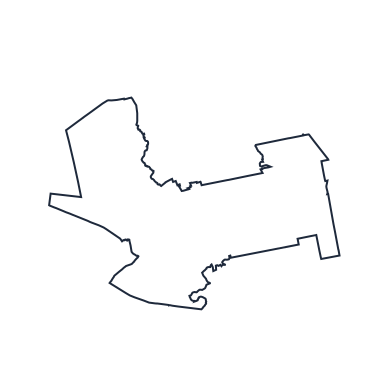 the district of Calugareni, Giurgiu, Romania, rotated 251°
{"feature_id": "2599482B39711091097472", "entity_name": "Calugareni", "entity_type": "district", "adm_level": 2, "iso_a3": "ROU", "parent_name": "Romania", "parent_adm1": "Giurgiu", "projection": "mercator", "projection_center": [25.989, 44.147], "detail": "fine", "context": "isolated", "style": "outline", "palette": "slate", "viewbox_px": 384, "rotation_deg": 251, "n_neighbors": 0, "source": "geoboundaries", "source_scale": "gbopen_adm2", "svg_char_len": 5911}
<svg xmlns="http://www.w3.org/2000/svg" viewBox="0 0 384 384"><g transform="rotate(251 192 192)"><path d="M178.1,331.4L178.6,331.4L200.0,324.0L208.2,321.3L208.4,321.1L208.5,321.0L209.2,316.6L209.4,316.3L210.2,315.9L210.3,315.8L210.3,315.7L210.2,315.6L209.5,316.0L209.3,316.0L209.2,315.9L211.1,302.1L211.4,300.6L215.7,267.7L215.3,267.1L214.7,266.9L213.0,267.4L211.7,267.4L210.0,267.8L209.3,267.8L207.5,269.0L207.2,269.2L205.9,269.4L205.0,270.1L204.2,270.5L202.6,270.5L201.9,270.0L200.4,269.8L200.0,269.7L200.0,268.9L197.4,269.0L198.0,267.0L197.6,266.2L196.9,265.4L194.6,264.8L193.3,266.2L193.5,267.3L193.4,270.2L193.0,271.4L190.3,274.5L190.4,272.4L191.1,268.3L191.2,265.6L190.8,265.6L191.0,264.2L187.0,264.9L189.0,250.1L191.5,230.7L191.8,229.0L192.6,223.2L195.3,203.3L198.6,203.4L198.7,203.2L198.9,203.2L199.0,199.6L200.0,199.7L200.6,195.3L201.1,194.3L201.0,193.5L201.1,193.0L198.1,193.2L198.1,192.1L197.0,192.1L197.0,189.5L196.2,190.3L195.7,190.4L195.7,189.2L195.8,188.2L195.9,186.2L196.0,184.2L196.3,182.6L199.5,182.0L201.9,181.4L201.8,181.8L201.8,182.7L203.3,182.8L203.2,181.1L203.1,180.4L207.7,180.2L207.7,177.4L210.9,177.4L210.8,176.3L209.8,170.1L209.6,170.0L207.7,164.8L208.2,164.4L209.1,164.1L209.8,163.8L209.8,163.7L209.8,163.0L210.0,162.5L210.6,162.0L211.4,162.2L211.8,162.1L212.3,161.7L212.6,161.2L213.4,160.9L214.1,160.4L214.6,160.2L215.6,160.0L216.7,159.4L217.1,159.1L217.4,158.5L217.7,158.2L218.0,158.1L218.9,157.9L219.6,157.9L220.1,158.1L220.3,158.2L221.9,160.3L222.7,161.6L222.9,161.8L223.9,161.9L224.3,162.5L224.5,162.5L224.7,162.3L224.9,161.8L225.2,161.4L225.8,161.2L226.5,161.0L226.9,160.4L227.1,160.2L227.4,160.1L228.0,160.2L228.3,160.2L229.2,159.8L229.7,159.7L229.8,159.6L230.4,158.8L230.5,158.1L231.1,158.1L231.3,157.8L231.6,156.9L231.9,156.5L232.2,156.4L232.5,156.4L232.9,156.8L233.1,156.8L233.4,156.8L233.8,156.6L234.1,156.5L234.8,156.6L235.0,156.5L235.2,156.1L235.5,155.8L236.2,155.6L236.9,155.2L238.7,154.9L239.2,155.0L239.8,155.6L240.9,156.8L241.2,157.3L241.5,158.1L242.0,158.6L243.1,159.3L245.4,160.2L245.9,160.7L246.3,161.3L246.4,161.9L246.2,162.4L246.2,162.7L246.5,163.0L247.6,163.9L248.5,164.3L249.2,164.5L249.7,164.0L249.9,164.3L249.9,164.8L250.1,165.0L250.9,164.8L251.1,165.2L251.3,165.8L251.5,166.0L252.4,166.4L253.2,166.6L254.0,166.7L254.6,166.4L254.8,166.2L255.1,165.4L255.5,164.9L255.7,164.7L256.7,164.4L258.5,164.1L258.9,164.1L258.6,164.7L258.7,165.0L259.1,165.0L260.0,164.5L261.8,164.5L262.0,164.6L262.0,165.6L262.8,165.7L263.0,164.5L263.3,164.1L263.6,164.0L264.9,163.9L265.4,163.8L265.7,163.5L266.0,163.0L266.2,162.9L266.4,162.8L267.3,163.1L267.8,162.9L268.3,162.4L268.3,161.6L268.5,161.5L269.4,161.6L269.9,161.4L270.7,161.7L271.6,162.4L272.1,162.7L272.3,162.6L273.2,161.4L273.7,161.3L274.0,161.4L274.7,162.1L275.8,162.8L277.1,163.4L284.4,165.9L292.1,167.5L296.0,166.6L299.3,166.0L301.0,165.4L301.1,164.1L301.3,162.8L301.3,161.5L301.5,159.5L301.6,158.1L302.4,158.1L303.5,150.9L304.8,145.7L305.9,142.9L306.0,141.7L304.8,136.3L302.2,127.8L299.2,118.0L298.3,114.9L296.6,109.6L296.0,107.6L291.4,93.0L279.9,92.1L258.4,89.9L238.9,87.6L223.3,85.5L236.5,57.8L226.0,52.6L225.5,53.0L222.2,56.8L221.0,58.3L215.5,64.5L213.6,66.6L213.0,67.4L211.1,69.7L209.4,71.6L198.6,84.1L196.8,85.9L196.3,86.5L195.6,87.3L195.2,87.8L190.8,93.1L187.2,96.9L184.7,98.9L171.3,108.9L168.1,109.8L168.2,110.2L168.8,111.3L168.8,111.8L168.7,112.1L168.4,112.3L168.3,112.6L168.4,112.8L168.7,113.1L168.8,113.4L168.6,113.9L167.3,114.7L167.1,114.9L167.1,115.1L167.2,115.3L167.9,115.4L168.1,115.6L168.1,115.8L167.6,116.9L167.4,117.1L167.0,117.2L166.8,117.0L161.5,116.5L155.1,115.4L154.1,115.8L153.3,116.0L152.3,116.8L151.8,117.1L151.4,117.6L149.7,118.8L149.6,119.0L149.5,119.8L149.1,120.2L148.7,120.4L147.7,119.3L147.4,118.5L146.8,117.3L146.0,115.9L145.7,115.3L145.0,114.7L144.9,114.2L144.5,113.4L143.9,112.3L143.6,111.7L143.5,110.5L143.5,106.9L143.5,105.6L142.9,103.9L142.6,102.9L141.6,100.7L140.3,97.0L138.9,93.4L138.1,91.3L136.9,90.1L136.4,89.3L135.0,87.6L134.3,86.9L133.9,86.1L132.8,84.5L131.9,85.2L117.8,96.7L114.4,99.6L111.1,103.4L105.1,111.0L101.4,115.4L100.2,117.8L98.9,120.4L98.1,122.1L98.1,122.4L96.1,126.5L92.8,133.1L92.4,133.2L92.5,133.4L92.4,133.6L92.1,134.4L90.9,136.4L88.3,141.5L78.0,162.7L78.7,164.2L79.1,164.5L80.0,166.1L80.5,167.2L81.3,167.9L81.6,168.7L82.3,169.2L83.0,169.1L83.8,169.8L84.5,169.7L86.1,170.1L86.9,169.9L89.0,168.0L89.8,167.0L90.1,166.5L90.2,166.2L90.3,165.8L90.2,165.2L90.3,164.6L90.1,164.2L89.8,163.8L89.5,163.9L89.4,163.8L89.1,163.1L87.9,162.2L88.0,161.9L87.7,161.6L87.6,160.6L87.6,159.0L87.9,159.4L88.3,158.7L88.6,157.7L89.7,156.5L90.8,156.0L92.5,155.9L93.3,155.7L94.7,155.8L94.6,157.3L95.1,158.0L96.2,159.1L96.6,159.6L96.7,160.1L96.7,160.5L96.6,161.8L95.7,163.6L95.8,164.2L96.2,164.8L97.1,167.1L97.1,167.4L96.6,168.8L96.1,169.7L96.6,172.4L96.8,172.9L97.0,173.3L99.3,175.3L99.6,175.5L99.8,179.2L100.0,179.3L100.4,179.1L100.6,178.9L101.0,178.2L101.6,177.7L102.9,177.2L104.0,177.0L105.4,177.0L107.7,176.1L108.6,175.7L109.3,175.5L112.4,175.3L113.6,177.8L113.7,178.3L113.9,178.8L114.7,180.2L114.8,180.7L115.6,181.2L115.7,181.5L115.7,182.3L115.8,182.8L115.1,184.8L115.9,185.3L116.8,186.1L117.1,186.9L114.2,187.2L110.3,186.4L110.6,189.5L114.6,190.6L114.6,191.8L114.4,192.3L113.6,192.8L113.5,193.2L113.9,195.1L112.3,195.7L112.8,196.3L112.9,196.8L112.9,198.4L112.4,199.3L112.7,199.5L113.4,198.8L114.4,197.8L115.8,197.7L116.8,199.1L117.4,200.7L117.3,201.3L116.6,203.1L116.4,204.3L116.4,205.0L117.2,205.8L117.9,206.1L119.4,206.3L119.4,207.5L117.2,207.4L107.6,275.8L113.4,276.6L110.9,295.5L94.7,293.3L88.2,292.5L86.6,292.4L83.9,310.8L89.0,311.6L89.5,311.7L89.8,311.6L108.1,314.3L115.4,315.3L145.9,320.1L146.0,319.2L146.8,319.8L148.2,320.2L152.0,320.5L153.5,320.8L154.5,321.3L156.4,322.5L158.2,323.5L158.7,323.8L158.9,321.6L159.0,321.6L159.8,321.6L164.6,322.2L177.4,324.1L178.0,324.3L178.3,324.6L178.4,324.3L179.0,324.4L178.1,331.4Z" fill="none" stroke="#1e293b" stroke-width="2"/></g></svg>